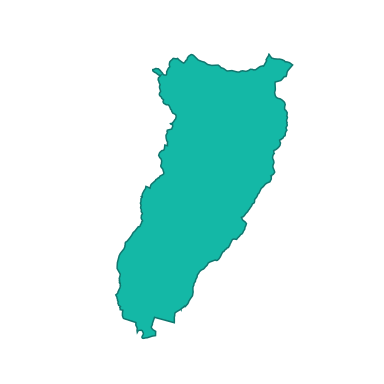 Laslea, Sibiu, Romania, rotated 197°
{"feature_id": "2599482B51594900445884", "entity_name": "Laslea", "entity_type": "district", "adm_level": 2, "iso_a3": "ROU", "parent_name": "Romania", "parent_adm1": "Sibiu", "projection": "mercator", "projection_center": [24.643, 46.143], "detail": "fine", "context": "isolated", "style": "filled", "palette": "teal", "viewbox_px": 384, "rotation_deg": 197, "n_neighbors": 0, "source": "geoboundaries", "source_scale": "gbopen_adm2", "svg_char_len": 6046}
<svg xmlns="http://www.w3.org/2000/svg" viewBox="0 0 384 384"><g transform="rotate(197 192 192)"><path d="M189.3,319.8L193.4,318.1L194.5,318.1L197.8,319.3L200.8,319.4L202.1,320.3L204.1,321.0L210.2,318.8L214.3,318.5L218.1,319.8L220.9,319.7L224.6,320.0L229.7,322.7L231.2,323.3L232.7,323.3L233.2,323.0L234.9,320.9L235.6,318.7L235.4,317.2L236.1,316.3L236.5,315.5L236.5,314.8L237.6,312.8L239.7,313.3L243.2,314.6L244.7,315.5L245.1,315.5L245.4,315.0L246.2,314.7L248.8,314.4L249.3,314.0L249.4,313.4L250.7,311.3L251.3,309.9L251.1,307.6L250.5,306.2L249.9,305.4L249.9,305.0L250.7,303.7L250.9,302.9L251.2,300.9L251.4,299.4L251.1,298.8L250.7,296.8L251.0,296.3L252.0,295.9L253.5,295.8L255.6,297.5L256.4,297.8L257.8,298.9L260.3,300.0L261.3,299.7L262.7,299.6L264.2,298.2L265.3,297.6L264.9,296.4L262.7,295.5L261.8,295.5L258.0,294.1L257.3,294.2L256.9,293.8L256.1,294.4L256.4,293.4L257.5,291.3L257.3,289.9L257.1,289.2L256.3,288.5L255.4,287.0L253.8,285.2L254.0,283.8L253.5,282.1L252.1,280.2L251.4,278.9L251.9,277.3L251.9,276.3L251.8,275.8L251.3,275.0L250.3,274.3L249.3,274.0L248.2,272.7L246.2,271.9L246.1,269.8L245.0,268.6L242.2,267.9L240.3,268.4L239.3,268.0L237.4,266.0L236.8,265.0L235.8,264.5L235.0,263.3L233.4,261.8L231.6,261.6L230.0,261.0L229.3,259.7L229.1,259.1L229.1,256.8L229.6,256.0L230.2,253.7L230.7,252.9L230.7,252.1L232.6,251.1L232.3,250.8L230.2,250.6L229.6,248.8L229.8,247.7L229.8,246.3L233.7,243.9L233.6,242.6L233.0,242.3L233.0,240.6L233.4,239.1L233.4,238.4L232.5,236.0L231.4,234.1L230.9,233.4L230.0,232.9L229.8,231.5L229.0,229.1L231.7,229.0L231.1,225.5L231.1,224.2L231.7,223.4L232.9,222.8L234.0,221.1L234.5,219.8L234.6,217.3L232.8,215.4L231.6,214.9L230.3,213.3L229.9,212.3L229.9,211.6L229.6,210.7L229.5,209.7L229.6,208.5L229.4,207.5L228.5,206.5L227.4,205.9L226.4,205.1L225.9,204.1L224.6,202.3L224.4,201.1L224.9,200.2L227.3,197.8L227.7,195.8L228.4,195.7L229.5,193.9L230.2,193.3L230.3,192.3L230.7,191.6L233.0,187.8L233.4,186.7L233.4,185.8L233.3,183.4L236.0,183.8L237.7,183.9L237.5,181.4L238.2,179.5L238.9,175.7L238.7,174.3L238.4,173.5L239.0,173.0L238.3,172.8L238.1,172.4L238.7,171.5L238.8,170.5L238.0,167.8L238.1,166.3L237.0,164.7L236.8,164.0L236.6,162.0L236.3,161.5L235.3,160.4L234.8,158.3L233.8,157.7L233.1,156.8L233.1,156.3L233.5,155.1L233.5,154.4L233.2,153.4L233.1,152.4L232.4,151.4L230.9,150.1L230.8,149.7L231.3,149.1L231.4,148.6L231.2,147.1L231.7,145.9L231.6,145.2L231.8,143.8L232.1,143.5L233.2,143.1L235.1,138.1L236.4,136.0L237.0,132.9L238.1,129.7L239.7,125.9L240.9,124.5L240.9,123.4L240.5,122.5L240.5,121.3L240.2,120.4L240.4,117.8L242.6,112.2L243.0,109.7L242.7,102.6L241.8,98.9L241.2,96.9L236.6,92.5L236.3,90.7L236.3,88.0L235.8,87.5L235.8,86.4L235.1,85.8L235.1,84.9L234.9,84.7L235.1,84.5L234.6,83.7L233.9,83.7L233.5,82.4L233.4,81.7L233.0,81.5L232.9,79.1L233.4,76.4L233.3,76.2L233.6,75.0L233.4,73.8L234.1,72.3L234.8,71.3L232.9,69.3L232.5,68.3L231.7,67.3L231.4,66.3L230.4,65.5L230.4,64.1L229.3,62.8L229.1,62.3L226.9,61.6L227.3,60.3L226.4,59.4L226.3,58.5L223.6,58.7L223.2,56.1L222.4,53.4L221.0,51.5L220.4,51.1L218.7,51.0L207.5,50.8L206.8,48.3L204.6,45.9L204.1,43.5L203.3,41.8L203.0,43.3L202.5,44.1L199.9,45.0L199.0,44.8L198.5,44.1L197.5,43.2L197.0,42.1L197.0,41.6L197.5,39.2L197.4,38.4L196.9,37.9L196.4,37.7L195.5,37.9L193.8,38.9L192.2,39.5L187.8,42.6L184.9,44.0L186.0,48.1L188.8,48.8L189.8,49.3L190.9,50.1L191.5,51.0L191.1,53.7L191.4,54.3L191.4,55.7L191.2,61.2L170.7,61.8L171.1,63.3L172.3,67.1L172.4,68.8L172.9,70.6L172.8,71.5L171.8,72.9L168.3,76.7L168.1,76.5L168.2,77.0L167.7,77.9L167.1,78.5L166.6,79.3L166.6,78.9L166.5,79.4L166.1,79.9L165.5,80.2L165.5,80.5L165.0,80.4L164.6,81.4L164.4,81.5L163.8,83.1L163.6,83.2L163.1,85.1L163.1,86.4L162.4,89.3L161.2,92.9L161.7,96.7L162.6,98.9L163.3,101.4L163.0,103.5L163.4,105.1L162.6,107.5L162.8,108.1L162.8,109.7L162.3,111.9L162.6,114.3L162.5,114.8L161.9,115.9L161.9,116.5L161.4,118.4L160.9,119.0L160.3,120.1L158.4,121.8L157.7,123.2L157.4,124.2L156.2,126.2L155.7,128.9L154.4,130.3L150.4,133.4L149.7,133.8L149.0,133.6L148.2,133.8L147.5,134.4L147.4,134.9L146.8,135.6L146.0,138.2L145.4,142.2L145.0,143.7L144.1,144.5L143.6,146.2L142.4,147.8L142.0,148.9L140.9,149.6L140.8,150.9L140.4,151.6L140.4,153.1L139.5,158.3L138.2,159.3L135.5,159.7L134.9,161.4L133.7,163.6L133.1,165.4L131.9,166.7L131.5,168.0L131.3,169.8L130.7,171.8L131.0,173.8L130.7,175.3L130.7,177.7L132.4,178.9L135.4,180.0L137.3,182.2L135.8,183.3L135.0,184.8L134.3,187.1L133.0,189.5L132.7,191.1L132.1,192.4L131.7,194.0L130.9,196.3L130.8,198.1L129.3,199.9L129.4,201.3L129.9,203.0L129.4,204.4L128.8,205.7L128.4,207.8L128.5,209.1L127.7,210.2L126.9,215.6L125.4,218.0L124.2,220.9L122.9,222.5L120.5,224.5L120.0,227.5L120.2,228.5L120.5,228.9L120.5,229.9L121.3,230.4L119.4,232.8L118.7,234.9L119.0,235.7L122.0,239.5L122.4,241.6L122.2,243.2L122.3,244.3L123.2,246.0L124.4,247.3L125.0,248.4L125.3,250.3L125.1,251.7L124.6,252.8L125.1,253.1L125.5,254.5L126.0,255.3L125.6,256.0L124.6,256.6L123.0,258.7L122.0,260.7L121.5,262.2L121.7,264.8L122.6,265.7L123.4,267.2L122.9,267.8L122.2,268.1L122.0,269.1L121.0,269.6L120.4,272.1L119.5,272.9L119.5,273.2L119.5,273.9L119.9,275.0L119.9,276.9L119.8,277.5L119.3,278.9L120.7,280.4L120.9,280.9L120.8,281.8L120.4,283.5L120.9,284.8L121.5,285.4L121.3,286.2L122.0,286.9L122.6,288.3L122.5,291.1L122.8,291.7L123.7,292.3L123.6,293.2L124.2,295.8L126.3,297.6L127.4,297.9L127.7,298.5L128.3,300.5L128.4,302.8L129.6,304.6L130.6,305.3L133.0,306.4L135.0,306.9L137.4,306.7L139.0,307.2L140.0,307.9L140.8,308.9L142.1,311.3L142.2,313.9L142.4,314.8L144.4,320.2L144.6,321.5L139.7,324.6L139.1,325.6L137.5,329.2L135.8,330.0L135.8,332.1L136.1,334.0L135.9,335.9L132.9,342.9L136.5,344.2L139.0,344.2L141.0,343.8L142.0,344.5L144.6,344.9L147.2,344.7L148.6,344.2L152.5,343.4L154.0,343.5L154.8,343.3L157.4,345.2L158.4,346.2L158.7,346.3L158.7,344.2L159.2,343.0L159.8,340.0L159.0,339.3L160.3,333.5L160.4,333.3L161.2,333.3L163.4,332.0L164.7,330.5L166.9,327.5L168.7,326.8L170.2,326.9L172.1,326.4L173.3,324.9L174.9,323.6L175.8,323.1L179.1,322.7L180.9,321.7L181.4,320.9L182.2,320.4L183.9,320.0L189.3,319.8Z" fill="#14b8a6" stroke="#0f766e" stroke-width="1.5"/></g></svg>